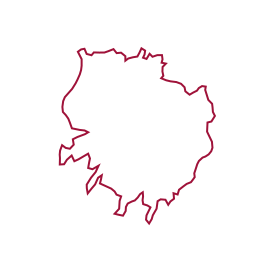 Boa Esperança do Iguaçu, Paraná, Brazil, rotated 302°
{"feature_id": "56859067B49303915936139", "entity_name": "Boa Esperança do Iguaçu", "entity_type": "district", "adm_level": 2, "iso_a3": "BRA", "parent_name": "Brazil", "parent_adm1": "Paraná", "projection": "albers", "projection_center": [-53.234, -25.634], "detail": "fine", "context": "isolated", "style": "outline", "palette": "rose", "viewbox_px": 256, "rotation_deg": 302, "n_neighbors": 0, "source": "geoboundaries", "source_scale": "gbopen_adm2", "svg_char_len": 1988}
<svg xmlns="http://www.w3.org/2000/svg" viewBox="0 0 256 256"><g transform="rotate(302 128 128)"><path d="M192.5,154.4L193.6,149.6L192.6,144.7L190.1,139.3L188.7,135.1L187.8,129.8L191.0,130.3L194.1,127.3L198.1,125.0L202.7,126.0L201.2,121.9L204.5,120.9L207.8,118.2L205.4,114.3L201.4,111.0L202.4,107.0L196.4,107.1L195.6,103.5L199.1,103.1L202.7,101.5L202.7,97.2L198.1,97.8L193.6,98.1L190.5,94.6L187.1,91.4L183.7,90.1L187.5,87.7L188.2,82.2L185.5,78.7L187.2,73.9L182.7,70.6L179.5,68.0L176.7,63.6L174.0,59.0L170.4,58.5L168.9,53.7L172.1,49.1L169.8,46.6L166.1,45.1L161.8,52.2L156.2,55.7L152.3,57.5L148.0,58.7L142.5,59.5L138.1,59.9L131.6,59.9L120.7,58.1L116.4,58.8L111.1,61.2L107.1,64.3L106.0,68.4L104.3,72.4L101.8,75.8L98.0,80.6L100.8,88.1L102.9,92.5L103.3,96.5L100.0,94.8L93.6,89.9L89.2,87.2L85.1,90.8L79.6,89.7L78.1,85.7L78.5,81.2L72.8,82.4L69.2,84.2L66.5,86.2L60.9,89.5L63.4,93.0L68.7,93.0L74.8,94.8L71.4,100.1L75.2,102.6L79.6,104.9L85.1,107.8L82.0,111.9L78.7,113.1L73.0,115.4L74.2,119.7L80.4,123.0L73.5,123.9L66.3,123.0L58.1,123.0L55.1,125.0L51.2,128.5L57.3,129.2L62.7,130.0L70.0,129.0L74.0,130.8L70.2,132.3L66.1,133.6L67.7,145.9L67.1,150.3L65.4,153.6L66.4,158.4L61.8,159.5L54.8,163.3L48.2,162.1L49.3,165.6L51.0,170.2L56.4,170.0L59.9,168.1L63.8,167.8L67.7,170.2L70.2,172.2L74.2,173.1L78.3,173.3L81.3,174.6L78.0,177.0L74.5,178.6L71.5,181.2L72.6,185.5L72.6,189.1L68.6,189.5L63.7,190.0L59.8,191.9L58.2,196.5L63.3,196.4L67.1,195.3L74.7,195.0L81.6,191.9L84.8,193.5L87.0,197.8L84.2,202.8L88.2,202.9L92.4,204.5L96.8,201.2L97.9,205.3L102.7,204.0L107.9,205.9L111.7,207.4L115.4,210.1L118.4,210.4L121.7,210.6L124.7,208.2L128.5,207.3L134.0,205.9L137.6,205.6L142.4,206.9L144.9,208.8L148.4,210.4L152.4,210.9L156.0,210.1L160.8,206.5L166.8,197.0L174.8,192.5L177.7,195.3L184.3,195.3L186.6,191.5L190.4,188.7L193.1,186.5L194.4,181.2L198.2,176.8L201.2,173.3L204.3,172.0L202.8,168.6L199.4,166.9L196.2,166.7L192.6,164.5L188.9,162.6L189.5,157.2L192.5,154.4Z" fill="none" stroke="#9f1239" stroke-width="2"/></g></svg>